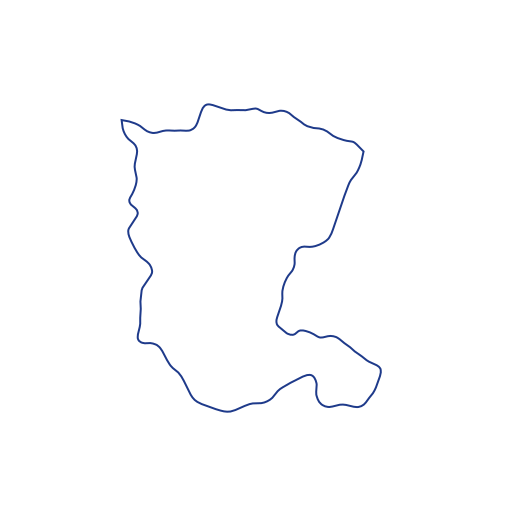 Jima Abajo, La Vega, Dominican Republic, rotated 244°
{"feature_id": "3306468B99813204721250", "entity_name": "Jima Abajo", "entity_type": "district", "adm_level": 2, "iso_a3": "DOM", "parent_name": "Dominican Republic", "parent_adm1": "La Vega", "projection": "orthographic", "projection_center": [-70.397, 19.12], "detail": "fine", "context": "isolated", "style": "outline", "palette": "blue", "viewbox_px": 512, "rotation_deg": 244, "n_neighbors": 0, "source": "geoboundaries", "source_scale": "gbopen_adm2", "svg_char_len": 3562}
<svg xmlns="http://www.w3.org/2000/svg" viewBox="0 0 512 512"><g transform="rotate(244 256 256)"><path d="M93.6,314.7L96.6,317.1L98.8,318.1L100.1,318.4L101.4,318.2L102.6,317.9L104.9,316.6L111.5,311.2L113.9,309.7L119.4,307.1L127.0,302.9L132.7,300.6L139.0,297.2L144.7,294.6L146.9,293.3L148.1,292.4L150.0,290.3L151.5,287.9L152.4,285.4L153.5,280.5L154.4,278.3L155.1,277.3L156.6,276.0L160.5,273.5L163.8,270.9L166.8,267.8L168.5,265.6L169.6,263.3L169.8,262.2L169.8,261.0L168.8,256.9L168.8,255.8L169.0,254.6L170.2,252.4L172.1,250.5L173.2,249.7L182.7,245.4L184.7,244.9L185.7,244.9L187.7,245.4L189.6,246.4L191.7,248.2L200.2,256.6L203.7,259.5L206.2,261.1L210.6,263.1L213.0,264.4L216.6,267.2L219.8,270.4L222.6,273.9L224.2,276.4L226.7,281.8L227.5,283.0L229.4,285.2L231.6,287.0L232.8,287.7L237.0,289.6L239.2,290.9L241.4,292.7L242.3,293.8L243.1,295.0L244.0,297.5L244.2,298.7L244.1,301.0L243.3,303.5L240.6,308.3L239.6,310.9L238.9,313.7L238.4,318.1L238.5,322.6L238.9,325.5L239.7,328.4L240.4,329.8L243.1,333.6L246.3,337.0L271.3,361.8L279.0,369.9L281.0,372.2L282.7,374.7L286.7,382.9L288.4,385.3L290.3,387.6L292.4,389.9L295.8,393.0L302.8,398.5L312.1,395.4L314.6,394.3L315.8,393.5L316.7,392.5L319.8,388.0L321.8,385.6L326.3,381.0L330.1,378.0L336.8,374.5L340.2,371.9L342.9,368.7L345.8,363.9L350.2,359.0L353.2,356.9L357.0,355.1L364.4,350.9L369.8,348.5L372.1,346.8L374.1,344.7L375.6,342.2L376.2,340.8L377.7,333.4L378.7,330.6L380.1,328.2L381.9,326.1L384.0,324.4L387.1,322.2L388.0,321.3L388.8,320.2L389.7,317.6L391.6,310.6L395.5,302.9L398.0,297.3L400.7,293.4L410.6,283.3L412.4,281.0L413.1,279.8L413.6,278.4L413.7,277.0L413.5,275.6L412.3,273.0L409.5,269.7L401.6,261.9L399.7,259.5L398.9,258.2L398.3,256.7L397.9,255.2L397.8,252.2L398.1,250.7L399.2,248.1L401.9,243.2L404.3,237.7L407.1,232.6L408.3,230.0L409.2,227.1L410.3,221.1L411.3,218.2L412.0,216.9L413.8,214.7L415.9,212.8L418.5,211.3L423.7,208.8L426.0,207.2L428.3,205.3L432.5,201.0L437.1,194.8L429.3,192.2L426.2,191.7L423.1,191.6L420.0,191.9L417.1,192.6L410.9,195.4L408.2,196.1L405.2,196.0L402.3,195.1L399.7,193.5L392.1,187.6L389.4,186.0L386.5,185.0L379.0,183.1L377.6,182.6L374.8,180.9L372.3,178.9L368.8,175.4L365.9,171.8L363.7,168.5L362.0,166.7L360.8,166.2L359.6,165.9L357.1,166.1L351.8,168.5L349.4,169.1L346.9,168.7L345.8,168.2L344.0,166.4L336.6,154.0L335.7,153.0L334.5,152.1L331.6,151.0L328.5,150.5L323.5,150.3L316.7,150.4L311.5,150.8L308.2,151.3L305.0,152.2L298.8,155.4L296.0,156.4L294.6,156.7L291.6,156.8L288.8,156.3L287.5,155.8L286.3,155.0L284.6,153.0L277.2,140.1L275.3,138.2L265.8,132.2L258.9,129.2L251.3,124.9L245.8,122.2L243.2,120.4L237.3,115.5L234.9,114.1L233.6,113.6L232.2,113.5L230.9,113.7L228.7,114.9L227.8,115.8L226.3,117.8L224.1,122.8L222.5,125.0L220.5,127.0L219.4,127.9L216.6,129.2L215.0,129.6L211.6,130.1L201.4,130.4L196.3,130.9L194.7,131.2L191.8,132.1L185.3,135.1L180.5,136.1L175.4,136.4L160.0,136.5L156.7,136.9L153.5,137.8L150.6,139.3L146.7,142.3L135.9,152.8L132.5,156.5L130.4,159.1L128.7,161.8L127.4,164.9L126.6,169.9L126.2,180.2L125.7,185.3L124.9,188.5L121.4,196.3L120.7,199.3L120.5,202.4L120.7,205.5L121.4,208.5L125.0,216.2L125.9,219.4L126.3,222.8L126.9,231.5L127.1,245.2L126.6,249.6L125.6,252.2L124.7,253.4L123.5,254.3L122.2,254.8L120.8,255.1L118.0,255.1L115.1,254.6L113.7,254.1L107.6,250.6L104.9,249.4L103.4,249.1L100.3,248.7L97.2,248.8L94.2,249.7L92.9,250.4L90.6,252.2L88.8,254.5L88.1,255.8L87.2,258.7L85.6,266.1L84.4,268.9L82.7,271.6L77.7,277.7L76.0,280.4L75.4,281.8L74.9,284.8L75.2,287.8L76.2,290.5L78.8,295.4L81.4,300.9L83.2,303.6L85.3,306.2L93.6,314.7Z" fill="none" stroke="#1e3a8a" stroke-width="2"/></g></svg>